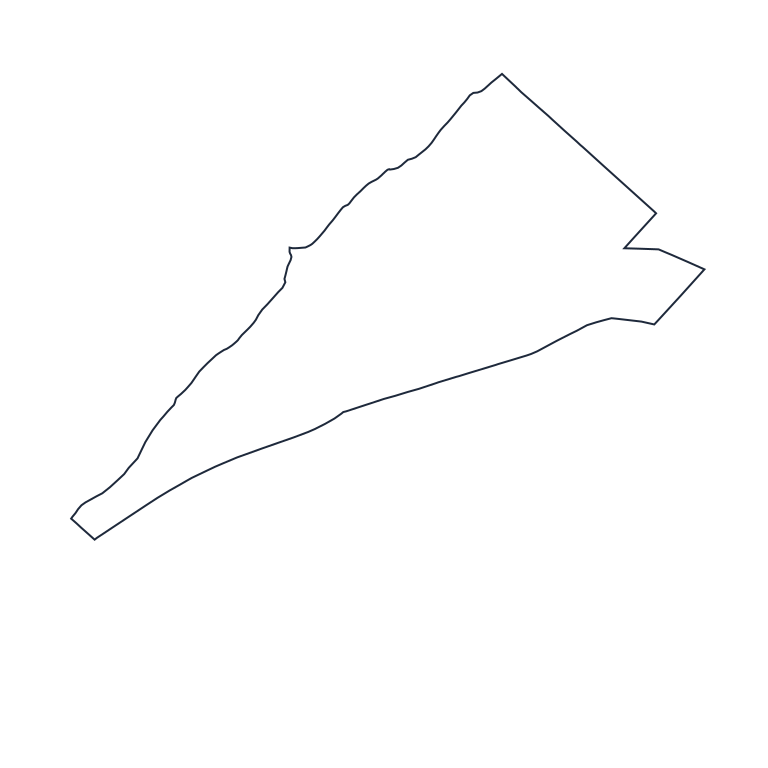 the district of Cottesloe, Western Australia, Australia, rotated 42°
{"feature_id": "25037944B28116798937362", "entity_name": "Cottesloe", "entity_type": "district", "adm_level": 2, "iso_a3": "AUS", "parent_name": "Australia", "parent_adm1": "Western Australia", "projection": "natural_earth1", "projection_center": [115.756, -31.999], "detail": "fine", "context": "isolated", "style": "outline", "palette": "slate", "viewbox_px": 768, "rotation_deg": 42, "n_neighbors": 0, "source": "geoboundaries", "source_scale": "gbopen_adm2", "svg_char_len": 3052}
<svg xmlns="http://www.w3.org/2000/svg" viewBox="0 0 768 768"><g transform="rotate(42 384 384)"><path d="M472.0,75.1L469.3,75.0L438.2,75.0L435.6,75.0L431.0,75.0L417.8,75.0L400.5,75.0L373.1,74.9L370.4,75.0L369.6,75.0L365.4,74.9L349.1,75.0L332.0,74.9L327.1,74.8L314.0,75.0L303.7,75.1L290.6,75.3L286.4,75.1L284.9,75.1L283.3,75.0L264.2,74.6L262.9,83.3L262.1,88.1L261.2,97.1L260.4,101.2L258.5,104.8L255.6,107.9L254.6,112.1L255.1,116.5L255.3,121.0L255.2,125.4L255.8,134.1L256.2,142.6L256.3,147.1L256.1,151.7L256.1,156.1L256.1,157.2L256.4,160.6L256.9,164.7L257.5,168.8L258.0,172.9L258.1,177.6L257.8,181.9L256.4,190.2L255.8,194.2L254.0,197.9L251.7,201.4L251.1,205.8L250.7,210.0L249.7,214.0L247.5,217.6L244.9,220.7L244.4,220.7L243.6,221.7L243.2,222.8L242.8,225.8L242.8,226.5L242.6,228.6L242.5,230.6L241.9,235.5L241.3,237.6L239.5,242.1L238.5,245.2L238.0,248.5L237.7,252.1L237.5,256.4L237.0,261.2L236.8,265.4L237.1,269.5L237.4,272.8L237.4,273.2L237.2,275.2L236.0,277.5L235.2,280.1L235.3,283.2L235.6,287.5L236.1,292.9L236.4,297.0L236.5,302.1L236.8,305.9L237.2,310.0L237.2,310.5L237.4,317.5L237.4,320.9L237.2,324.4L236.9,327.8L236.4,329.9L235.6,332.0L234.9,333.7L234.3,335.1L228.4,341.3L225.3,344.2L222.6,345.8L225.4,349.0L227.0,349.9L228.6,350.4L230.2,351.5L230.9,352.9L231.7,354.4L232.8,358.2L233.7,361.2L235.1,363.8L235.9,365.2L238.1,369.3L239.7,372.5L242.6,374.4L244.2,380.6L244.1,382.2L243.9,386.3L244.0,402.5L243.7,410.1L244.5,416.9L245.8,422.0L246.2,425.7L246.3,430.9L246.1,435.1L245.9,438.2L245.6,442.8L245.8,446.7L246.1,449.2L246.0,450.9L245.6,454.3L245.2,457.0L244.3,460.7L243.6,463.1L242.3,465.8L241.4,469.0L240.6,472.0L239.9,475.0L239.4,480.9L238.9,486.6L238.6,492.4L238.4,498.4L239.1,504.0L240.2,512.1L240.3,517.6L240.3,521.4L239.8,527.2L239.2,531.4L239.0,533.4L239.7,535.2L240.1,535.9L241.1,537.9L241.9,540.2L241.7,544.0L241.6,549.6L241.8,555.8L241.8,560.4L243.0,573.2L245.5,586.8L247.5,593.7L250.3,603.2L250.6,604.1L250.4,617.1L251.2,624.8L250.3,634.9L249.4,644.0L247.8,653.7L245.5,659.8L241.4,671.7L240.3,676.6L240.4,681.7L241.1,686.3L241.3,691.1L241.6,693.4L248.5,693.3L255.0,693.4L273.1,693.3L273.6,690.4L283.2,653.2L288.3,633.5L291.8,620.3L295.4,608.4L295.9,606.7L299.7,595.4L302.0,588.3L303.9,582.6L305.7,578.2L310.4,566.8L313.4,559.6L313.8,558.6L317.5,550.6L323.1,538.7L324.0,536.8L324.7,535.5L336.4,513.7L344.5,498.9L352.7,484.0L358.9,472.0L359.6,470.7L363.0,463.2L363.3,462.3L366.3,454.6L366.8,453.3L370.3,442.8L371.0,439.7L372.2,434.3L372.5,432.1L374.2,429.6L374.3,429.4L384.9,410.9L386.6,408.0L393.9,395.2L400.3,385.2L407.0,374.0L408.2,372.1L413.2,364.2L421.9,348.9L423.3,346.3L433.0,330.2L434.4,328.1L439.5,319.5L454.3,295.0L455.4,293.0L462.4,281.5L467.1,273.7L470.8,267.6L473.2,263.3L476.0,257.2L483.2,237.1L484.1,234.7L488.8,222.5L491.7,215.3L495.5,204.5L500.4,196.2L504.6,189.6L509.0,182.9L511.3,181.2L513.8,179.4L533.5,165.4L545.0,158.9L545.1,153.3L545.4,118.8L545.4,84.4L528.7,89.8L511.3,95.6L505.6,97.6L498.0,100.2L495.0,102.7L483.1,112.7L471.8,122.3L471.8,107.5L472.0,75.1Z" fill="none" stroke="#1e293b" stroke-width="2"/></g></svg>